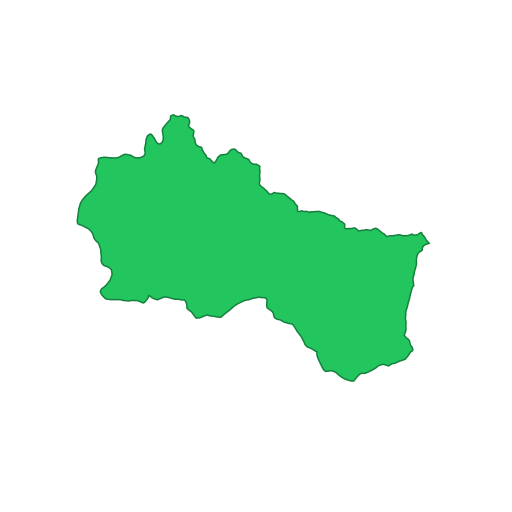 Bjoka, Shemgang, Bhutan (Natural Earth projection), rotated 144°
{"feature_id": "84629894B39816356167412", "entity_name": "Bjoka", "entity_type": "district", "adm_level": 2, "iso_a3": "BTN", "parent_name": "Bhutan", "parent_adm1": "Shemgang", "projection": "natural_earth1", "projection_center": [91.071, 26.964], "detail": "fine", "context": "isolated", "style": "filled", "palette": "green", "viewbox_px": 512, "rotation_deg": 144, "n_neighbors": 0, "source": "geoboundaries", "source_scale": "gbopen_adm2", "svg_char_len": 6140}
<svg xmlns="http://www.w3.org/2000/svg" viewBox="0 0 512 512"><g transform="rotate(144 256 256)"><path d="M108.4,164.5L108.9,169.0L108.5,171.6L108.5,173.5L108.8,175.1L108.4,177.7L109.1,178.1L111.0,178.3L112.4,178.2L114.5,179.1L115.5,179.7L116.2,180.1L116.4,180.8L116.9,182.0L118.7,182.6L120.1,182.8L121.7,183.6L122.7,184.4L124.6,185.5L125.2,186.1L127.9,189.4L130.7,190.5L132.1,191.4L133.4,191.9L135.1,193.3L138.7,194.9L139.0,195.5L139.2,197.6L139.5,198.9L140.3,200.2L140.7,202.3L141.6,205.2L141.8,206.5L142.7,207.8L143.4,208.4L144.6,208.6L145.3,208.9L146.3,209.1L148.4,209.2L148.8,209.9L149.2,210.4L149.9,211.0L150.6,211.9L151.3,212.5L151.8,212.8L153.1,213.0L154.3,214.1L157.5,215.6L158.5,216.5L158.8,218.6L159.4,220.3L159.9,220.9L163.9,222.8L164.7,223.7L166.4,224.6L167.2,225.2L167.7,226.0L167.7,226.7L167.5,227.2L166.4,228.4L165.6,229.5L165.5,230.0L166.0,231.2L166.2,233.0L167.7,235.0L167.4,236.2L167.6,237.3L167.8,238.0L168.2,239.2L168.8,240.1L168.9,241.2L169.1,242.3L173.2,246.8L174.0,248.3L175.5,250.9L177.2,252.8L178.4,254.6L179.1,255.3L180.6,256.0L181.6,257.1L182.4,257.3L184.3,258.5L185.5,259.4L185.9,259.7L186.7,259.4L187.6,260.3L187.8,261.1L188.2,261.8L190.7,263.6L191.7,264.5L192.3,265.6L194.1,266.1L195.3,266.8L195.7,267.5L195.8,268.2L195.2,269.0L194.3,270.6L193.4,271.6L193.3,272.8L193.7,275.5L193.3,277.0L193.4,278.0L193.6,278.9L194.1,279.9L194.3,281.4L195.0,283.0L194.9,283.9L195.6,285.6L196.2,288.6L196.9,290.0L198.6,291.6L199.7,292.3L200.7,293.4L202.3,294.7L203.1,295.5L203.8,296.6L204.6,296.8L206.1,296.8L207.4,297.1L208.5,297.9L209.0,299.5L209.1,302.3L209.4,303.0L209.6,304.4L210.0,306.4L210.9,309.3L211.2,311.3L210.8,312.5L210.3,313.3L209.3,314.1L208.3,315.1L207.0,316.8L206.6,318.0L202.6,322.7L202.3,323.5L201.6,324.7L200.4,326.1L200.2,326.6L201.8,330.1L202.5,330.4L203.6,331.5L205.1,333.2L205.2,334.0L205.4,334.7L205.5,336.5L205.2,337.9L205.2,338.6L205.8,339.6L207.5,342.0L207.7,342.9L208.3,343.8L208.3,345.0L207.8,347.1L207.8,348.1L208.9,349.5L209.5,350.5L209.7,351.5L210.2,354.6L210.6,355.1L211.6,355.9L213.7,356.7L215.9,356.3L218.6,355.5L220.5,355.8L222.9,357.2L224.4,358.2L226.0,358.6L227.9,358.4L229.0,358.2L230.4,357.4L232.4,356.5L234.7,355.7L235.6,356.3L236.2,360.3L236.2,361.7L237.8,364.0L237.9,365.3L237.5,365.8L237.3,366.9L237.5,369.1L237.2,372.1L237.1,373.7L236.6,374.6L236.3,375.3L236.5,376.6L237.7,377.7L238.4,379.0L238.9,380.7L238.9,381.6L238.7,382.8L238.3,384.0L237.7,385.0L237.1,386.0L236.7,387.3L236.7,388.8L236.5,389.6L236.1,390.2L232.8,393.6L232.7,394.9L233.6,396.9L233.7,397.6L234.2,399.1L234.2,399.9L234.1,400.7L233.7,401.4L232.5,402.0L231.1,403.3L230.5,404.0L230.2,404.6L229.9,406.1L229.7,407.3L229.9,408.0L230.2,408.5L231.5,409.8L232.4,410.5L232.6,411.0L233.0,412.3L233.3,412.8L233.8,413.5L236.2,414.2L237.4,414.9L238.0,415.5L238.3,416.0L238.8,416.5L239.1,417.1L239.2,417.7L239.8,418.7L240.3,419.0L242.9,419.4L243.2,418.8L245.3,416.8L249.9,415.8L255.0,414.5L256.9,413.7L258.1,412.5L260.5,407.7L262.5,404.8L264.5,403.4L266.1,403.0L267.9,403.1L268.6,403.7L269.3,404.8L269.6,407.0L269.4,409.2L269.1,410.6L269.0,412.0L269.1,415.2L269.3,416.1L269.8,416.8L270.9,417.0L273.1,417.0L276.0,415.2L279.3,411.7L283.2,408.2L284.1,406.4L285.0,404.6L285.9,403.7L288.0,402.9L290.2,403.1L292.5,404.0L295.4,405.9L296.9,408.1L297.9,410.8L300.0,413.2L302.1,415.3L304.3,415.9L308.2,416.3L310.3,416.9L311.7,417.7L315.2,420.2L320.3,424.8L322.9,426.3L325.3,427.2L326.2,427.2L327.0,426.6L328.2,424.5L329.5,423.2L333.8,420.7L336.0,419.0L337.0,417.6L337.4,415.9L338.0,414.0L340.0,411.5L343.1,408.4L347.0,406.7L350.8,405.5L358.4,404.7L363.0,403.6L366.7,402.1L371.4,398.5L380.1,389.4L380.7,388.3L381.0,387.4L381.1,386.5L380.8,385.8L379.1,383.5L375.4,376.2L375.0,373.3L374.9,371.5L375.1,370.0L375.5,368.4L376.6,365.7L376.6,364.0L376.5,361.5L376.0,360.0L376.0,358.4L377.9,352.4L379.9,349.3L381.1,347.0L382.5,345.1L384.3,342.9L384.5,341.8L384.9,340.8L385.0,339.6L384.8,338.5L384.3,337.1L383.8,336.6L381.8,333.4L381.0,330.0L382.3,327.3L383.6,325.3L388.4,322.2L393.5,320.7L396.3,320.2L399.7,320.2L401.6,319.7L403.1,318.4L403.6,315.1L403.3,312.6L402.8,309.6L402.1,309.0L399.2,306.1L391.5,300.5L388.8,297.3L386.8,295.8L386.0,294.7L382.7,293.1L378.3,289.7L377.0,287.9L375.0,284.4L373.5,284.0L370.2,284.8L367.3,285.8L366.1,287.1L365.2,285.6L364.7,283.4L363.7,281.6L362.4,279.7L362.1,279.1L361.6,278.6L356.6,277.3L355.3,277.2L354.1,276.6L351.7,274.6L348.6,270.6L346.8,268.4L343.8,266.3L341.8,263.9L340.1,262.8L339.6,262.1L339.7,260.8L340.1,258.5L341.0,256.6L342.5,254.5L342.3,252.2L341.1,248.8L341.0,241.1L340.4,240.6L338.2,239.2L336.2,238.6L330.4,237.2L328.2,234.3L326.4,232.8L321.5,227.8L320.2,227.1L316.3,227.4L314.2,227.7L311.8,227.6L308.1,227.8L304.6,228.2L300.8,228.3L299.4,228.1L296.4,227.7L294.6,227.3L292.1,226.9L289.2,225.8L287.9,225.0L284.7,224.1L279.9,221.9L278.3,221.2L277.4,220.7L276.8,219.8L274.2,217.7L272.9,216.5L272.7,215.2L273.1,213.7L277.0,208.9L277.4,207.3L276.1,203.5L275.5,201.2L275.7,199.3L276.8,197.1L277.3,195.3L277.0,194.3L276.4,193.0L275.3,191.4L274.3,190.7L272.0,185.8L269.4,182.5L266.8,179.8L266.5,177.9L266.5,176.2L267.0,171.0L266.8,163.9L267.8,157.8L268.4,155.4L268.0,152.4L265.9,149.1L264.6,146.2L263.8,144.0L263.1,142.7L265.1,139.7L266.2,136.0L267.9,126.8L268.1,124.6L268.1,123.4L267.4,121.6L262.2,118.8L259.9,115.2L258.8,110.2L257.4,106.3L256.0,103.5L252.8,99.3L250.9,97.7L249.9,97.4L248.4,98.0L245.3,98.8L241.6,99.4L239.6,99.1L237.7,97.6L236.4,96.9L233.0,96.1L229.0,95.4L224.9,95.0L221.3,95.3L217.2,93.9L214.7,91.2L213.9,89.8L213.3,89.1L209.4,89.0L206.9,87.6L201.5,86.5L198.2,85.4L195.7,84.8L190.6,86.2L187.5,87.5L185.3,87.3L184.1,88.1L183.3,90.3L183.4,93.0L182.8,94.8L181.7,97.0L181.8,99.4L182.6,101.8L182.6,104.9L179.9,106.5L177.7,108.5L176.1,111.0L173.5,114.3L171.7,118.0L169.6,120.1L167.8,122.8L163.2,126.1L159.5,129.4L158.0,130.3L153.9,134.0L149.3,137.7L147.8,138.8L145.9,139.2L144.4,141.8L143.1,144.4L141.5,146.3L139.0,148.1L137.1,150.1L135.1,151.7L133.8,152.6L130.8,155.3L128.0,159.3L125.3,161.8L123.3,162.8L121.9,163.3L121.2,163.1L118.0,163.0L117.0,164.4L115.6,165.4L113.6,165.8L112.1,165.6L110.1,165.0L109.1,164.6L108.4,164.5Z" fill="#22c55e" stroke="#15803d" stroke-width="1.5"/></g></svg>